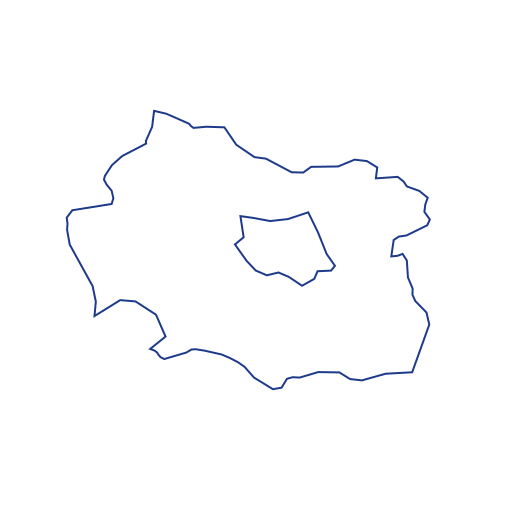 an SVG outline of Fejér, rotated 113°
{"feature_id": "HUN-3162", "entity_name": "Fejér", "entity_type": "County", "adm_level": 1, "iso_a3": "HUN", "parent_name": "Hungary", "parent_adm1": "", "projection": "mercator", "projection_center": [18.516, 47.132], "detail": "fine", "context": "isolated", "style": "outline", "palette": "blue", "viewbox_px": 512, "rotation_deg": 113, "n_neighbors": 0, "source": "natural_earth", "source_scale": "10m", "svg_char_len": 1492}
<svg xmlns="http://www.w3.org/2000/svg" viewBox="0 0 512 512"><g transform="rotate(113 256 256)"><path d="M149.9,335.4L161.3,317.6L165.6,296.1L162.5,284.9L165.0,255.9L160.7,245.1L152.4,240.1L141.5,215.4L128.8,202.9L125.3,191.0L127.1,179.0L137.7,176.0L127.8,156.5L129.7,149.4L133.0,144.2L132.3,131.1L135.3,120.7L142.3,120.3L149.5,118.3L154.5,110.2L160.8,110.4L178.3,125.5L182.3,132.1L187.5,135.5L203.5,131.3L200.6,125.9L196.8,121.9L201.2,115.4L216.3,107.8L224.8,99.1L230.6,96.8L235.2,91.8L241.4,77.0L251.4,69.7L302.0,66.8L313.8,90.8L329.1,109.9L332.5,121.2L330.6,133.8L338.5,153.3L342.2,157.8L350.9,168.4L353.2,174.8L356.9,179.5L367.2,181.0L372.0,188.4L368.7,210.3L362.5,223.2L360.8,231.4L360.1,240.5L360.1,249.2L363.2,266.3L365.4,275.1L367.3,278.9L372.0,282.3L386.7,300.2L386.4,304.4L385.0,307.2L383.4,309.6L382.7,312.5L382.9,317.1L365.5,307.8L349.1,325.1L344.9,349.2L349.7,363.8L374.4,381.2L360.6,385.6L347.6,394.6L318.3,431.9L305.6,440.2L300.0,442.1L294.6,445.2L285.6,442.9L264.5,409.2L258.5,409.9L252.3,414.4L248.7,421.3L245.1,425.8L241.2,426.4L228.7,424.1L216.2,418.2L195.5,401.1L193.0,402.3L177.7,402.1L162.2,406.5L160.1,394.2L160.4,369.3L161.8,366.6L162.5,363.6L156.5,352.4L149.9,335.4ZM246.0,193.4L240.1,181.2L234.2,179.5L226.6,191.7L210.1,208.1L195.4,225.0L209.5,241.0L218.3,256.6L221.9,273.0L225.4,285.9L243.6,274.7L253.6,279.9L264.2,262.6L269.5,250.5L269.5,238.4L262.4,228.9L262.4,217.6L265.4,202.0L254.2,193.4L246.0,193.4Z" fill="none" stroke="#1e3a8a" stroke-width="2"/></g></svg>